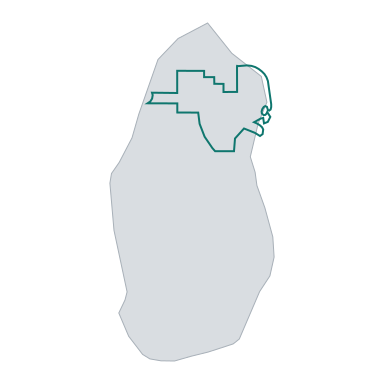 Al Khawr highlighted on a map of Qatar
{"feature_id": "QAT-1105", "entity_name": "Al Khawr", "entity_type": "Municipality", "adm_level": 1, "iso_a3": "QAT", "parent_name": "Qatar", "parent_adm1": "", "projection": "orthographic", "projection_center": [51.407, 25.752], "detail": "fine", "context": "in_parent", "style": "outline", "palette": "teal", "viewbox_px": 384, "rotation_deg": 0, "n_neighbors": 0, "source": "natural_earth", "source_scale": "10m", "svg_char_len": 1336}
<svg xmlns="http://www.w3.org/2000/svg" viewBox="0 0 384 384"><path d="M208.3,352.0L190.9,356.3L174.5,361.0L160.9,360.8L149.9,358.9L142.6,354.4L128.7,336.3L118.8,313.0L125.0,300.0L127.1,291.9L114.0,230.4L109.9,183.2L111.5,173.5L119.2,162.4L132.0,137.9L138.8,114.2L158.0,59.5L178.1,38.5L207.6,23.0L231.8,53.3L261.3,76.4L266.9,102.2L258.2,123.3L250.3,156.8L255.1,172.2L256.9,185.5L264.9,207.9L272.8,236.9L274.1,257.1L269.9,275.9L259.6,291.6L239.3,339.0L233.2,343.9L208.3,352.0Z" fill="#d9dde1" stroke="#a8b0b8" stroke-width="1"/><path d="M237.1,65.9L238.6,66.1L246.8,65.4L251.5,65.9L255.3,67.1L258.7,69.0L261.8,71.4L264.4,74.0L266.5,77.3L267.9,81.0L271.2,104.2L271.2,107.1L270.6,109.5L269.1,110.6L267.9,109.9L266.9,106.8L265.2,106.1L263.7,107.0L262.3,109.1L261.6,111.5L261.9,113.5L263.6,115.1L265.3,114.9L266.5,113.6L267.2,112.0L270.3,116.9L267.8,121.9L264.0,123.4L263.2,117.9L260.6,118.6L254.1,122.2L256.8,123.4L259.8,125.2L262.1,127.3L263.2,129.5L262.6,134.1L260.0,136.0L255.0,132.9L244.0,128.5L235.0,138.5L234.0,151.2L215.1,151.2L212.3,148.0L204.6,136.7L199.6,123.8L198.2,112.6L177.3,112.5L177.3,103.4L147.6,103.3L150.3,101.5L152.1,98.6L152.7,95.1L152.0,92.7L177.2,93.0L177.2,70.8L204.1,70.9L204.1,77.1L214.2,77.1L214.3,83.8L223.5,83.9L223.5,92.0L237.1,91.9L237.0,66.7L237.1,65.9Z" fill="none" stroke="#0f766e" stroke-width="2"/></svg>